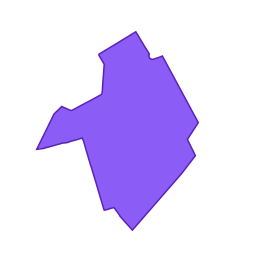 the district of Port Fuad, Bur Sa`id, Egypt, rotated 26°
{"feature_id": "37247803B75399963690534", "entity_name": "Port Fuad", "entity_type": "district", "adm_level": 2, "iso_a3": "EGY", "parent_name": "Egypt", "parent_adm1": "Bur Sa`id", "projection": "orthographic", "projection_center": [32.32, 31.235], "detail": "fine", "context": "isolated", "style": "filled", "palette": "violet", "viewbox_px": 256, "rotation_deg": 26, "n_neighbors": 0, "source": "geoboundaries", "source_scale": "gbopen_adm2", "svg_char_len": 1662}
<svg xmlns="http://www.w3.org/2000/svg" viewBox="0 0 256 256"><g transform="rotate(26 128 128)"><path d="M59.0,137.7L58.6,138.9L55.4,147.7L55.3,187.2L61.8,182.9L62.4,182.2L62.4,181.9L62.6,181.4L63.1,181.2L63.6,181.2L66.2,178.8L76.0,170.1L78.0,169.0L79.9,167.6L80.2,167.4L80.5,167.2L81.0,166.4L89.9,158.4L91.1,157.1L92.7,158.3L92.8,158.4L93.0,158.5L94.5,160.0L94.7,160.3L94.9,160.5L98.5,164.5L100.5,166.7L102.5,168.9L104.8,171.4L106.4,173.2L108.6,175.5L110.0,177.1L111.3,178.4L112.6,179.8L115.9,183.3L117.6,185.2L120.7,188.5L126.3,194.6L129.0,197.6L135.0,204.1L137.3,206.6L141.8,211.5L142.7,212.3L144.6,210.8L146.3,209.2L147.5,208.0L150.3,205.7L155.3,208.3L158.8,210.2L159.6,210.9L160.0,211.0L160.4,211.1L161.1,211.5L176.7,217.9L196.2,145.3L200.7,123.3L186.4,112.2L188.8,92.3L127.3,48.2L127.2,48.3L127.0,48.5L126.7,49.0L126.2,49.5L126.0,49.8L125.8,50.0L120.6,55.1L120.4,55.2L120.3,55.4L119.6,55.7L119.2,55.8L118.8,55.9L117.8,55.9L116.8,55.6L116.0,55.1L115.8,54.8L115.5,54.5L115.2,54.0L115.1,53.7L114.9,52.8L114.8,52.5L114.7,52.1L113.3,51.2L111.7,50.2L106.4,46.9L101.0,43.4L98.4,41.7L94.9,39.4L93.8,38.8L92.8,38.1L85.2,50.0L80.7,57.1L74.1,67.3L73.2,68.7L69.6,74.2L69.6,74.5L69.7,75.0L70.0,75.3L70.6,75.8L71.0,76.1L71.3,76.3L72.0,76.7L72.6,77.1L72.9,77.3L73.2,77.5L76.9,80.0L78.7,81.1L79.4,83.0L83.8,93.9L84.8,96.6L86.6,100.9L88.1,104.6L89.2,107.5L89.4,108.0L89.5,108.6L89.3,109.5L89.1,109.8L89.0,110.2L88.0,111.5L86.4,113.8L82.5,119.3L78.6,124.6L76.1,128.0L74.5,130.3L73.2,132.1L72.0,133.8L70.4,136.0L70.2,136.3L69.9,136.7L69.6,136.9L69.1,137.2L68.2,137.3L67.9,137.4L59.6,137.7L59.1,137.7L59.0,137.7Z" fill="#8b5cf6" stroke="#5b21b6" stroke-width="1.5"/></g></svg>